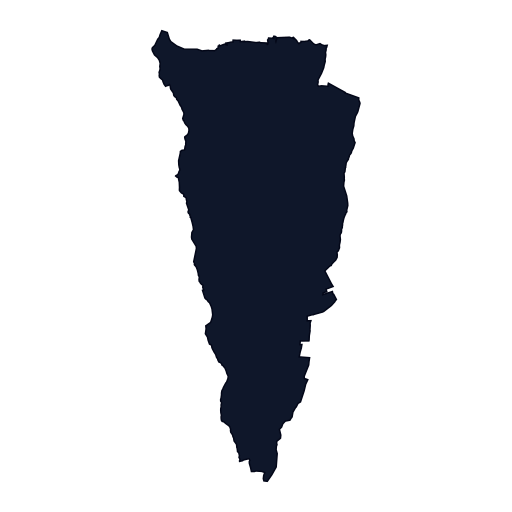 Balilesti, Arges, Romania (Mercator projection)
{"feature_id": "2599482B12709489065851", "entity_name": "Balilesti", "entity_type": "district", "adm_level": 2, "iso_a3": "ROU", "parent_name": "Romania", "parent_adm1": "Arges", "projection": "mercator", "projection_center": [24.936, 45.06], "detail": "fine", "context": "isolated", "style": "filled", "palette": "ink", "viewbox_px": 512, "rotation_deg": 0, "n_neighbors": 0, "source": "geoboundaries", "source_scale": "gbopen_adm2", "svg_char_len": 5940}
<svg xmlns="http://www.w3.org/2000/svg" viewBox="0 0 512 512"><path d="M267.3,481.3L271.8,474.8L276.2,467.0L277.2,453.6L276.1,449.7L276.4,446.2L277.0,444.7L276.7,443.5L276.7,441.4L280.5,438.2L280.8,435.1L279.4,429.3L281.6,427.1L282.8,423.8L285.3,421.1L289.9,420.2L290.4,419.6L290.6,418.8L291.4,417.9L292.1,416.9L292.9,412.2L295.5,407.6L296.2,407.0L298.0,403.4L300.5,401.9L304.1,390.9L305.7,384.2L307.8,379.7L306.3,379.1L304.4,378.6L304.2,376.3L308.7,365.0L309.0,361.6L309.6,357.7L299.2,356.9L300.2,351.9L301.3,348.2L301.9,344.5L299.9,344.6L300.3,341.0L308.9,340.9L309.1,340.1L309.3,335.6L310.1,330.7L309.9,330.4L310.2,325.5L310.1,323.2L310.4,322.2L310.9,320.7L307.2,320.8L307.2,316.2L311.9,314.8L313.2,314.8L314.0,314.4L322.6,312.0L323.8,311.4L331.4,305.5L334.9,301.6L335.1,301.0L336.4,299.5L333.8,294.5L333.5,294.1L332.9,294.0L332.4,291.5L322.8,294.7L323.1,292.9L326.8,291.6L326.0,289.1L333.1,286.5L331.4,283.7L324.8,270.9L329.4,266.4L330.4,265.7L331.2,265.5L331.9,263.9L334.1,261.6L335.6,260.2L337.1,257.4L337.3,254.8L336.9,252.2L338.3,250.8L339.5,247.8L339.4,245.0L340.0,242.4L340.4,239.6L340.0,235.8L340.3,234.2L341.2,232.9L341.4,232.2L341.6,230.8L341.4,229.8L342.3,227.5L342.3,226.4L342.6,224.9L342.5,223.7L342.9,222.5L343.4,220.0L344.0,217.7L345.0,215.2L345.6,214.1L346.0,212.8L346.9,211.8L346.7,210.2L347.8,205.6L347.7,203.1L346.7,195.9L343.6,186.2L343.9,182.3L344.4,180.1L344.2,178.7L344.3,177.1L344.0,173.2L344.9,171.7L345.3,168.1L345.7,167.3L345.7,165.9L346.0,164.9L346.0,163.7L346.6,161.9L348.4,159.3L348.4,158.6L349.2,156.6L349.4,155.5L349.8,154.7L350.6,153.9L351.3,152.8L351.8,150.8L353.3,148.1L354.7,143.7L355.1,142.7L354.1,140.6L354.0,138.9L352.7,136.0L352.2,133.4L352.8,129.3L353.8,125.9L354.0,122.9L355.4,116.4L357.2,113.0L357.8,111.7L360.0,103.5L359.8,102.4L358.7,99.9L358.8,97.9L344.9,92.9L345.1,92.4L328.4,83.2L328.1,84.2L328.0,86.3L321.5,85.8L318.4,86.3L317.6,84.6L318.1,82.4L318.1,80.9L317.9,80.1L321.5,73.3L323.7,67.8L324.2,65.2L325.2,61.6L325.1,59.0L325.6,56.9L325.8,54.8L325.5,52.4L326.1,50.0L326.1,48.2L326.6,47.5L327.2,45.3L324.3,45.6L321.8,44.8L320.0,43.6L316.3,44.8L315.4,44.7L314.4,44.3L313.1,43.4L309.6,39.8L309.2,39.8L307.7,41.1L306.0,41.2L304.4,41.5L302.6,41.4L301.7,41.6L301.1,41.3L300.9,41.8L301.0,42.1L300.8,42.5L300.1,42.7L298.9,43.7L297.1,41.7L297.0,41.2L296.4,40.3L293.4,37.3L292.9,37.5L293.2,38.5L289.5,37.2L277.5,37.7L276.7,39.0L275.9,41.7L275.7,41.1L275.9,40.0L276.3,39.0L276.1,37.9L276.2,37.1L275.7,36.9L275.2,36.4L273.8,36.2L273.6,36.5L274.0,38.0L273.9,38.5L273.1,37.8L272.8,37.8L272.7,38.3L268.6,38.0L268.5,38.7L267.6,40.0L267.9,41.7L268.2,42.2L268.1,43.4L267.9,44.0L267.5,44.3L267.4,43.7L266.6,43.7L266.7,43.0L260.4,42.7L259.6,42.2L256.1,42.6L247.7,41.5L243.9,41.7L244.1,41.2L240.3,41.7L240.2,40.2L236.8,40.3L233.1,40.1L232.9,42.1L231.0,42.1L228.4,42.7L225.8,43.1L225.9,43.6L227.0,43.6L227.0,45.0L224.6,44.1L220.4,45.7L219.6,45.5L219.4,45.1L219.0,45.3L218.9,46.2L218.2,46.2L218.1,48.2L216.9,48.6L216.4,49.5L214.4,50.8L213.2,50.6L209.4,50.6L208.5,50.3L202.0,50.9L197.1,49.2L184.4,49.2L176.7,45.9L170.8,41.6L169.3,39.1L167.3,32.5L161.8,30.7L160.0,34.9L159.4,37.0L158.9,37.9L157.8,39.1L154.8,45.4L152.4,47.7L152.0,49.0L152.4,50.8L154.5,54.9L157.6,57.6L159.3,60.2L160.2,63.4L159.8,66.5L160.1,68.5L159.9,70.0L159.1,72.3L159.4,74.1L159.2,75.3L159.4,77.1L161.0,78.7L162.5,79.9L163.1,81.9L164.1,84.3L165.6,86.3L166.8,85.7L168.1,85.5L169.5,84.6L170.2,86.0L170.5,88.3L170.9,89.4L173.1,92.5L173.4,93.0L173.7,94.9L173.9,95.6L174.8,96.7L176.3,97.6L176.7,99.3L178.2,101.0L180.2,105.4L181.1,106.5L181.7,107.7L182.0,109.1L183.9,112.7L183.9,114.6L182.7,118.5L183.4,120.5L183.8,120.6L184.8,123.0L185.9,124.6L187.6,126.2L188.8,128.1L189.0,130.3L188.4,133.3L187.3,134.9L184.8,136.8L184.7,137.3L185.0,139.0L185.9,141.4L185.7,143.7L185.8,144.7L185.1,146.4L184.6,149.8L183.1,150.3L182.1,150.2L180.4,151.4L180.3,153.1L178.6,160.7L178.8,164.7L179.2,167.2L179.8,169.2L179.8,170.2L179.0,171.6L178.5,173.3L177.8,174.6L175.8,175.7L175.6,176.0L177.3,177.4L178.5,177.5L178.6,179.1L179.3,182.4L179.5,187.6L179.4,189.8L179.5,190.7L181.4,192.9L183.8,194.3L183.8,196.3L185.5,197.3L186.4,198.5L186.3,199.5L186.9,201.5L186.5,203.2L188.4,208.8L188.7,209.4L188.6,210.4L188.1,211.4L188.1,212.3L188.5,213.2L189.8,214.3L189.7,214.9L190.4,216.4L190.2,217.2L190.8,217.5L192.2,222.6L193.1,226.5L193.5,229.7L191.9,232.5L191.5,237.1L191.8,239.1L196.2,246.3L196.4,248.5L193.7,261.7L195.1,264.9L194.6,265.0L196.2,266.9L197.3,269.7L198.2,273.3L198.4,275.3L199.3,276.9L199.0,279.6L199.2,281.3L200.0,282.2L200.3,282.9L201.5,284.3L203.1,285.4L202.7,287.1L203.5,289.5L203.8,289.9L202.5,290.3L204.9,298.0L206.1,299.3L206.5,299.4L207.3,300.2L208.2,301.6L209.6,302.8L211.3,306.6L212.0,308.9L212.7,314.8L212.3,317.2L210.9,321.7L210.4,322.6L205.8,325.8L206.1,328.8L205.4,333.8L207.5,337.1L208.1,340.1L209.5,344.1L211.4,345.1L211.7,345.5L211.8,347.1L212.3,348.6L214.2,352.2L215.7,354.5L216.5,357.2L216.9,357.9L217.6,358.7L217.8,359.8L218.9,362.0L220.5,362.6L221.6,363.8L222.0,365.1L222.6,365.3L225.0,368.1L226.2,371.0L226.9,373.5L228.2,376.1L228.0,378.3L227.4,380.0L226.6,382.1L225.8,383.0L223.4,387.5L222.9,388.9L221.9,390.7L221.5,393.0L221.5,394.9L221.1,397.9L220.6,399.7L220.7,401.2L221.4,402.0L221.5,403.2L221.1,404.9L221.2,406.3L221.1,407.5L220.8,408.1L220.7,410.1L220.9,413.0L221.2,413.9L221.4,415.8L221.1,416.8L221.2,418.8L221.4,420.2L221.7,420.8L222.2,421.4L223.8,421.8L225.6,423.4L228.8,425.7L229.8,426.9L230.6,429.1L230.5,430.7L230.8,432.3L232.5,434.8L233.0,436.8L233.6,437.9L234.1,441.0L236.3,444.0L236.6,444.9L236.8,447.3L237.3,448.9L237.3,450.0L237.6,451.0L237.5,451.6L238.5,452.5L239.2,454.0L239.1,454.7L239.4,455.3L239.3,456.1L239.0,457.4L240.0,459.3L239.5,460.9L239.6,461.4L242.6,460.7L243.4,460.0L248.9,458.7L249.9,460.2L249.3,461.5L249.3,462.5L249.4,463.6L250.6,467.7L251.4,471.5L254.4,471.5L255.9,471.0L261.7,471.4L264.8,472.5L263.7,475.4L263.3,478.7L263.9,480.9L267.3,481.3Z" fill="#0f172a" stroke="#020617" stroke-width="1.5"/></svg>